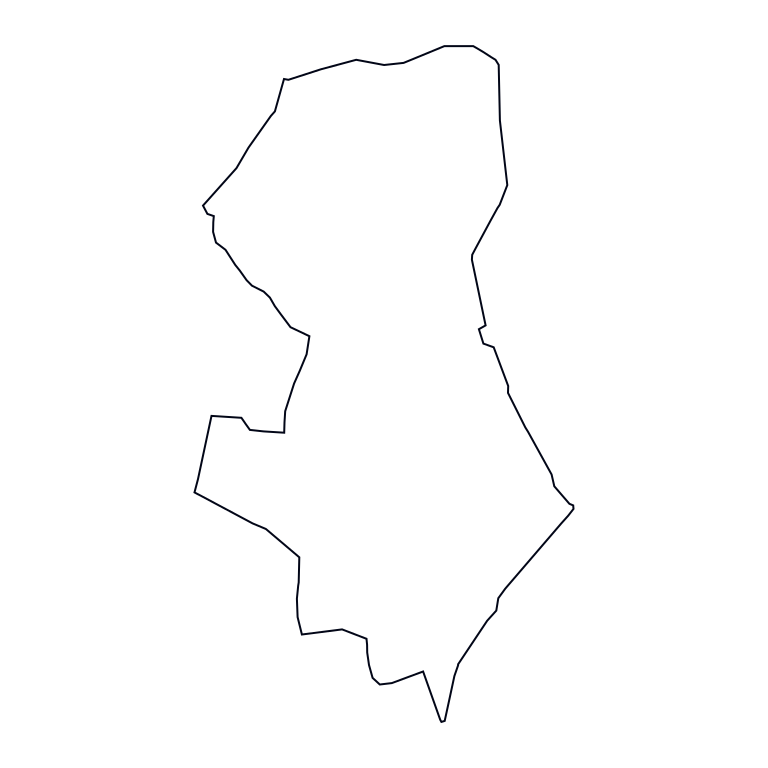 outline of Awgu, Enugu, Nigeria, rotated 180°
{"feature_id": "59680162B11400589438827", "entity_name": "Awgu", "entity_type": "district", "adm_level": 2, "iso_a3": "NGA", "parent_name": "Nigeria", "parent_adm1": "Enugu", "projection": "robinson", "projection_center": [7.469, 6.159], "detail": "fine", "context": "isolated", "style": "outline", "palette": "ink", "viewbox_px": 768, "rotation_deg": 180, "n_neighbors": 0, "source": "geoboundaries", "source_scale": "gbopen_adm2", "svg_char_len": 1453}
<svg xmlns="http://www.w3.org/2000/svg" viewBox="0 0 768 768"><g transform="rotate(180 384 384)"><path d="M534.5,254.8L515.4,244.6L502.1,239.0L468.7,210.7L469.3,185.5L469.8,182.4L471.1,169.3L470.4,150.9L466.1,133.5L425.9,138.6L401.5,129.2L400.9,123.1L400.8,115.5L399.0,103.0L395.4,90.1L388.2,83.5L376.2,84.9L344.9,96.5L327.8,48.3L326.6,46.1L323.3,47.1L318.2,70.6L313.6,92.0L309.9,102.7L309.9,103.7L280.8,147.3L271.7,157.4L269.7,169.8L262.7,179.4L206.8,244.5L200.7,251.3L199.8,252.3L194.5,259.1L194.8,262.6L198.6,264.2L213.7,281.7L216.4,293.5L239.9,336.1L242.7,340.6L260.0,375.1L259.8,382.0L274.3,420.7L284.6,424.4L289.1,438.8L282.4,442.6L296.1,508.3L295.8,513.2L292.2,520.0L277.6,547.1L270.5,560.0L268.3,563.2L260.7,582.9L268.1,647.5L269.3,703.1L272.5,708.2L276.9,710.9L284.6,715.9L291.3,719.9L294.8,721.9L323.6,721.9L324.3,721.6L355.1,708.9L360.5,706.7L364.4,705.1L383.9,703.0L411.8,708.2L447.1,698.7L479.6,688.2L484.0,689.0L493.1,656.6L497.1,652.1L519.5,620.4L531.5,599.9L565.0,562.4L560.6,554.1L554.2,551.9L554.7,545.9L554.9,536.1L552.0,525.4L542.5,518.2L532.7,503.0L528.2,497.4L521.4,487.8L516.0,482.3L504.3,476.4L501.3,473.5L498.1,470.4L493.2,461.9L487.4,454.0L477.5,440.8L458.6,431.8L461.4,413.7L468.2,397.3L473.9,384.5L482.8,356.8L483.5,345.8L483.8,335.3L504.4,336.6L518.1,338.1L522.6,344.4L523.4,345.6L526.6,350.2L556.5,352.1L570.0,288.9L573.5,275.6L570.0,273.7L569.9,273.7L534.5,254.8Z" fill="none" stroke="#020617" stroke-width="2"/></g></svg>